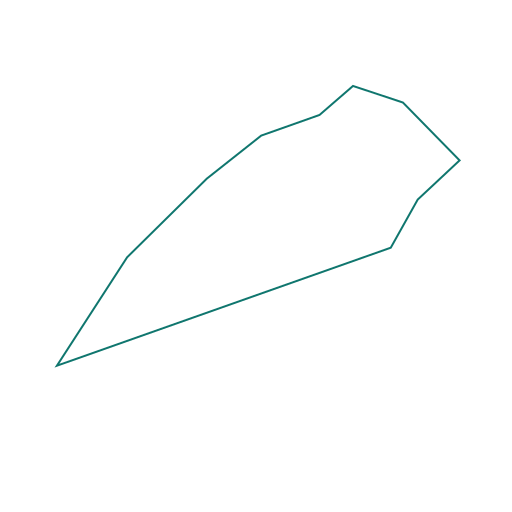 the border of Montegiardino, rotated 40°
{"feature_id": "SMR-4889", "entity_name": "Montegiardino", "entity_type": "state/province", "adm_level": 1, "iso_a3": "SMR", "parent_name": "San Marino", "parent_adm1": "", "projection": "mercator", "projection_center": [12.471, 43.912], "detail": "fine", "context": "isolated", "style": "outline", "palette": "teal", "viewbox_px": 512, "rotation_deg": 40, "n_neighbors": 0, "source": "natural_earth", "source_scale": "10m", "svg_char_len": 293}
<svg xmlns="http://www.w3.org/2000/svg" viewBox="0 0 512 512"><g transform="rotate(40 256 256)"><path d="M350.5,51.9L343.6,108.8L353.9,163.0L174.0,468.0L158.1,339.8L168.6,228.3L182.6,160.4L214.0,107.1L221.0,63.4L269.9,44.0L350.5,51.9Z" fill="none" stroke="#0f766e" stroke-width="2"/></g></svg>